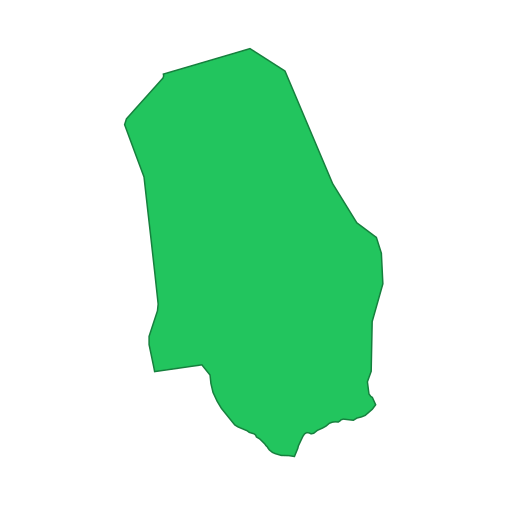 SVG path tracing the border of Al Jawf, rotated 258°
{"feature_id": "YEM-335", "entity_name": "Al Jawf", "entity_type": "Governorate", "adm_level": 1, "iso_a3": "YEM", "parent_name": "Yemen", "parent_adm1": "", "projection": "orthographic", "projection_center": [44.939, 16.605], "detail": "fine", "context": "isolated", "style": "filled", "palette": "green", "viewbox_px": 512, "rotation_deg": 258, "n_neighbors": 0, "source": "natural_earth", "source_scale": "10m", "svg_char_len": 1086}
<svg xmlns="http://www.w3.org/2000/svg" viewBox="0 0 512 512"><g transform="rotate(258 256 256)"><path d="M164.0,132.8L167.6,132.9L191.5,133.0L199.6,134.7L222.8,148.2L229.3,150.3L259.5,153.4L295.0,156.9L322.0,159.5L356.6,162.9L380.2,159.4L411.8,154.8L417.1,157.8L426.5,170.6L437.2,185.3L449.4,202.0L451.2,203.1L453.2,203.2L460.1,293.2L430.9,322.8L310.8,346.0L267.5,361.5L249.1,377.6L232.6,379.2L202.4,374.3L167.7,356.0L119.3,344.7L109.8,338.8L97.6,337.8L94.7,339.1L93.5,340.4L85.6,342.1L82.0,338.0L77.4,329.7L76.7,325.8L76.5,321.1L75.1,317.1L78.3,307.5L78.1,305.2L77.2,303.8L76.5,301.9L77.3,299.2L77.6,296.2L77.1,292.9L75.1,289.2L73.9,285.4L72.7,279.8L70.6,275.6L70.6,272.9L71.9,271.2L72.7,268.9L71.9,266.5L69.8,264.3L61.5,258.0L59.2,256.9L51.9,251.9L53.9,246.7L55.7,239.2L58.7,233.7L60.5,231.2L63.6,228.7L65.6,227.8L67.1,227.3L68.3,226.4L70.4,225.5L76.3,221.6L78.9,218.8L80.9,218.4L82.4,217.2L84.9,212.7L86.9,211.0L92.6,202.8L95.2,200.1L114.1,190.5L122.0,187.8L131.5,185.6L140.7,185.4L149.1,186.3L160.8,180.4L164.0,132.8Z" fill="#22c55e" stroke="#15803d" stroke-width="1.5"/></g></svg>